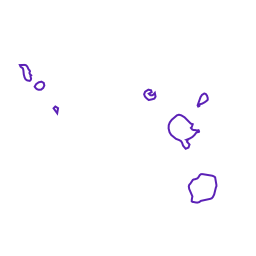 the Province of Torba, rotated 343°
{"feature_id": "VUT-560", "entity_name": "Torba", "entity_type": "Province", "adm_level": 1, "iso_a3": "VUT", "parent_name": "Vanuatu", "parent_adm1": "", "projection": "mercator", "projection_center": [167.217, -13.692], "detail": "fine", "context": "isolated", "style": "outline", "palette": "violet", "viewbox_px": 256, "rotation_deg": 343, "n_neighbors": 0, "source": "natural_earth", "source_scale": "10m", "svg_char_len": 1923}
<svg xmlns="http://www.w3.org/2000/svg" viewBox="0 0 256 256"><g transform="rotate(343 128 128)"><path d="M184.3,193.5L185.8,193.9L194.5,198.2L195.8,199.2L196.9,200.6L195.9,208.3L195.5,209.6L194.7,210.5L191.0,216.7L189.0,218.8L187.5,219.7L185.9,219.8L176.4,219.0L174.4,219.7L172.4,219.6L170.6,218.8L169.2,218.0L168.2,217.6L167.5,216.8L168.1,215.0L169.6,212.2L168.7,204.1L169.1,201.5L170.0,200.2L171.4,199.4L174.8,196.6L175.8,196.4L177.1,196.6L179.5,196.5L180.7,195.9L182.9,194.0L184.3,193.5ZM175.5,161.0L175.4,158.0L174.9,156.1L173.4,154.5L170.7,152.4L167.3,147.3L166.5,144.3L166.7,140.3L167.8,137.2L169.7,134.8L172.3,132.9L178.5,130.2L180.6,130.2L182.7,131.5L185.2,134.3L189.3,142.1L191.0,143.3L189.3,145.7L188.2,146.3L189.1,148.4L190.3,149.2L191.6,149.6L193.0,150.4L193.7,150.8L194.4,150.6L194.8,150.7L195.0,151.9L194.6,152.5L193.7,152.4L192.7,152.3L191.9,152.4L189.6,154.1L187.0,155.4L184.0,156.1L180.4,156.4L180.8,156.8L181.3,157.1L181.3,157.5L180.4,158.4L182.0,161.8L180.1,164.4L177.1,164.7L175.5,161.0ZM50.8,49.3L49.9,49.7L49.8,50.3L49.8,51.1L49.8,52.3L49.5,52.9L49.2,53.4L48.6,53.8L47.8,54.2L45.5,53.0L44.3,51.5L43.9,49.4L44.0,46.3L44.8,42.3L44.9,40.7L44.6,39.6L43.8,38.9L43.2,37.9L43.0,36.2L47.8,37.5L48.8,38.2L49.6,39.7L50.1,43.0L50.8,44.3L50.8,45.2L50.1,46.0L49.8,46.9L50.0,47.9L50.8,49.3ZM157.9,101.3L159.0,103.2L160.5,103.8L162.1,103.5L163.9,102.3L163.5,106.1L161.8,107.6L159.2,107.6L156.0,107.3L154.5,105.1L153.4,102.8L153.3,100.4L155.0,98.3L158.7,97.3L161.1,98.7L161.1,100.6L157.9,101.3ZM211.0,117.3L212.3,118.2L213.0,120.2L213.0,122.6L212.5,124.3L211.2,125.0L208.9,125.8L206.0,126.4L203.6,126.3L202.6,127.9L201.4,128.0L201.2,126.7L206.4,119.7L208.4,118.0L211.0,117.3ZM50.8,61.2L53.0,59.2L55.9,58.2L58.8,58.4L60.6,60.3L60.4,62.9L58.6,64.9L56.1,65.9L53.7,65.3L52.6,64.5L51.8,63.6L51.3,62.5L50.8,61.2ZM64.6,93.2L62.6,87.4L64.8,86.2L66.9,88.6L64.6,93.2Z" fill="none" stroke="#5b21b6" stroke-width="2"/></g></svg>